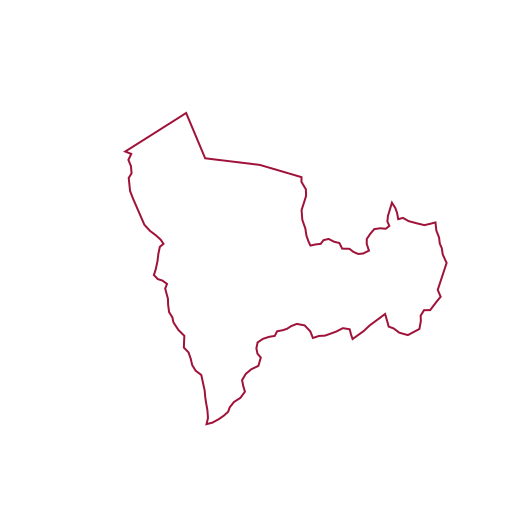 the district of Nova Ibiá, Bahia, Brazil, rotated 316°
{"feature_id": "56859067B97752874047652", "entity_name": "Nova Ibiá", "entity_type": "district", "adm_level": 2, "iso_a3": "BRA", "parent_name": "Brazil", "parent_adm1": "Bahia", "projection": "mercator", "projection_center": [-39.584, -13.819], "detail": "fine", "context": "isolated", "style": "outline", "palette": "rose", "viewbox_px": 512, "rotation_deg": 316, "n_neighbors": 0, "source": "geoboundaries", "source_scale": "gbopen_adm2", "svg_char_len": 1962}
<svg xmlns="http://www.w3.org/2000/svg" viewBox="0 0 512 512"><g transform="rotate(316 256 256)"><path d="M305.1,104.6L281.3,99.7L234.5,90.0L237.2,95.9L231.0,98.2L228.4,104.6L223.9,110.1L218.7,111.4L210.6,121.7L207.6,128.8L197.4,156.0L197.2,164.5L198.3,171.2L198.8,177.9L197.9,183.0L193.2,182.6L187.3,186.6L181.4,191.4L174.5,196.0L169.3,198.8L169.3,204.4L171.6,208.6L172.6,214.3L168.1,216.3L165.3,221.3L163.0,225.5L159.1,229.8L154.5,236.0L153.2,242.1L150.5,246.4L148.8,255.3L149.0,263.7L144.9,267.5L140.5,271.8L140.5,278.5L137.7,284.5L134.3,290.2L132.9,296.6L134.0,303.6L129.5,310.8L125.7,317.0L121.7,321.9L118.2,326.8L113.9,333.2L108.9,339.2L103.6,342.6L108.9,345.6L115.9,347.5L122.0,348.5L127.7,348.7L132.0,346.6L138.7,345.7L146.3,347.2L153.8,345.9L156.6,340.5L159.8,335.6L166.8,333.7L174.0,334.2L181.4,336.7L188.9,332.4L189.2,327.3L192.1,322.7L197.1,319.3L203.4,320.4L209.2,323.2L214.0,326.5L218.9,324.8L223.4,327.8L227.7,329.9L232.7,330.9L238.2,333.2L242.8,339.7L242.7,347.9L240.0,354.5L245.8,357.3L250.3,361.2L255.8,363.7L261.0,366.0L268.4,368.3L272.5,373.8L269.8,378.5L267.8,382.8L281.3,384.8L289.5,384.9L308.6,387.4L305.1,394.0L302.4,399.0L304.7,403.7L305.8,410.7L310.3,418.4L322.9,422.0L329.5,417.2L333.0,413.3L339.2,411.7L343.7,415.9L349.0,415.1L354.0,414.3L360.5,413.6L363.2,406.6L388.3,393.4L391.4,384.6L395.1,379.4L396.8,374.8L400.5,369.9L403.4,363.0L408.4,356.5L403.9,354.0L398.6,350.8L394.8,344.9L390.0,336.9L388.2,330.7L383.9,328.3L387.4,323.0L389.5,318.4L390.8,312.1L378.8,318.8L374.5,322.4L372.8,327.0L368.2,326.5L364.7,322.4L359.7,318.8L353.8,319.4L347.5,320.7L344.0,324.3L341.0,330.6L334.7,328.6L330.9,325.5L328.9,320.6L328.2,315.7L323.1,310.6L325.0,304.6L322.1,300.0L320.1,294.2L315.6,291.5L310.9,292.2L307.1,289.2L302.4,286.3L303.9,281.9L306.4,276.4L310.6,270.5L314.4,262.2L320.7,254.6L327.1,251.2L333.7,247.6L338.2,242.7L340.2,234.2L343.5,230.9L322.0,193.1L287.3,150.4L305.1,104.6Z" fill="none" stroke="#9f1239" stroke-width="2"/></g></svg>